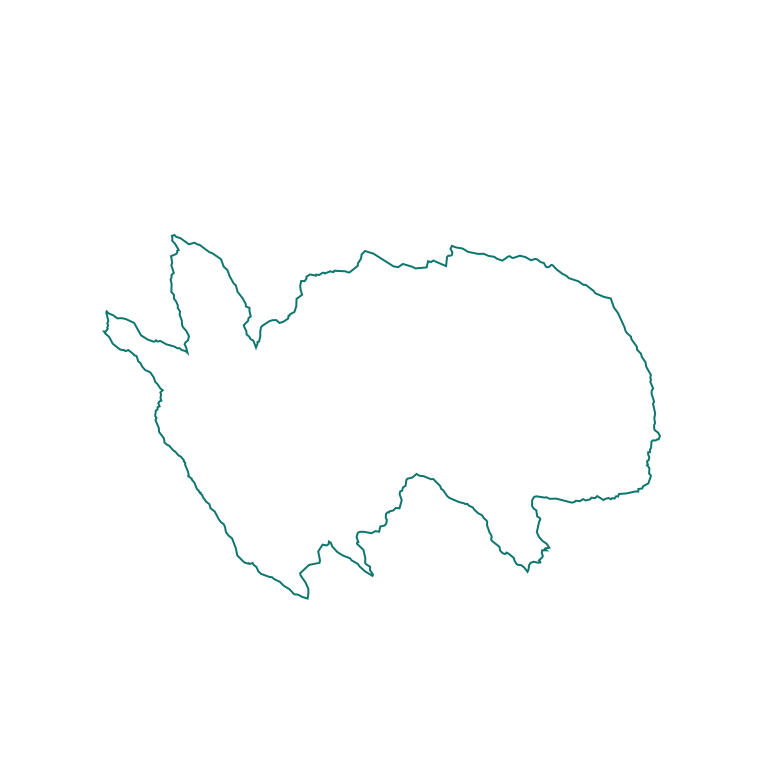 the district of Chitagà, Norte de Santander, Colombia, rotated 317°
{"feature_id": "7082276B34318906622646", "entity_name": "Chitagà", "entity_type": "district", "adm_level": 2, "iso_a3": "COL", "parent_name": "Colombia", "parent_adm1": "Norte de Santander", "projection": "equal_earth", "projection_center": [-72.568, 7.068], "detail": "fine", "context": "isolated", "style": "outline", "palette": "teal", "viewbox_px": 768, "rotation_deg": 317, "n_neighbors": 0, "source": "geoboundaries", "source_scale": "gbopen_adm2", "svg_char_len": 6166}
<svg xmlns="http://www.w3.org/2000/svg" viewBox="0 0 768 768"><g transform="rotate(317 384 384)"><path d="M608.2,476.1L604.2,470.2L600.4,461.7L600.8,459.0L599.1,448.9L597.6,447.8L596.1,441.2L591.4,432.7L591.2,429.6L589.6,424.9L588.4,418.1L588.3,412.1L587.6,411.0L584.6,410.9L582.7,409.7L582.5,408.3L583.4,404.6L581.6,401.4L581.1,397.5L579.9,395.7L575.9,393.7L573.9,387.5L570.9,382.9L564.5,380.0L563.5,378.5L563.2,376.4L561.9,375.5L554.7,374.5L551.9,369.1L551.4,366.2L547.8,361.6L545.8,356.8L541.7,353.2L535.6,344.7L533.8,338.4L529.7,333.1L527.9,329.3L524.8,330.5L523.8,334.3L521.9,335.8L520.2,335.6L518.4,334.0L516.6,334.2L509.8,340.1L504.2,327.3L501.4,326.9L500.0,324.3L494.7,327.8L485.8,320.9L484.7,317.7L479.7,309.1L474.0,308.2L471.2,304.5L465.2,281.5L460.8,273.8L456.0,274.0L452.7,276.6L447.3,278.0L445.2,279.7L435.1,278.9L434.0,278.1L432.5,275.1L424.8,267.2L423.2,267.7L421.5,264.9L416.2,262.9L416.1,261.9L414.9,260.8L410.8,260.0L409.0,257.7L408.1,258.3L404.6,253.4L400.3,252.7L399.1,254.1L396.1,254.6L393.6,252.2L389.5,255.2L386.9,258.8L385.0,262.9L378.1,262.1L372.9,267.3L367.7,270.2L363.1,269.0L361.5,269.5L360.9,268.9L358.3,270.8L352.5,269.7L349.2,268.1L348.8,263.8L345.9,261.2L343.0,259.9L334.8,258.5L332.9,258.6L329.4,261.1L326.0,264.8L321.7,267.7L320.0,267.1L319.0,268.3L315.2,270.1L318.0,263.2L317.0,259.8L317.7,257.7L317.3,254.0L319.2,251.8L321.1,245.9L321.9,245.3L327.7,245.1L329.9,243.4L332.6,243.7L335.5,238.7L337.5,236.7L335.9,233.2L337.4,231.2L339.0,225.3L339.8,216.6L342.9,210.9L342.6,208.2L344.5,200.3L347.2,193.6L346.8,188.8L349.9,181.6L347.7,171.5L346.1,168.2L344.0,156.3L342.9,155.2L341.8,151.5L336.6,148.8L334.6,138.6L332.4,134.6L332.3,132.1L329.9,131.0L328.9,132.9L326.9,134.6L326.7,139.6L325.2,146.0L323.6,145.6L322.4,146.8L320.8,147.2L315.4,145.3L311.7,151.0L309.5,152.0L306.0,159.4L302.9,159.3L301.3,161.2L299.1,162.1L296.8,166.1L291.3,171.6L291.1,175.7L288.6,178.2L288.3,181.7L286.8,185.9L285.0,187.7L284.3,191.8L281.7,194.1L279.4,199.7L276.4,203.3L275.7,205.7L275.6,210.2L274.0,216.0L270.4,218.4L267.2,218.2L265.3,218.9L264.1,222.6L261.5,227.2L261.4,224.9L259.2,220.9L258.9,218.3L257.3,217.0L256.0,213.2L251.9,206.6L249.8,200.0L247.3,198.5L247.0,196.5L245.3,196.6L244.3,195.8L241.5,190.4L239.5,182.7L242.9,168.9L239.5,160.4L236.9,156.8L233.8,154.2L232.8,149.0L230.8,144.7L230.7,141.8L229.7,142.3L225.2,150.1L222.9,151.0L222.4,152.9L220.1,154.0L219.7,155.1L216.1,155.9L215.0,154.7L214.6,157.4L215.1,162.1L213.1,169.5L214.4,178.3L215.9,181.0L217.0,181.7L217.3,183.6L220.2,184.9L221.2,191.7L220.9,192.8L221.8,193.9L221.9,195.5L219.7,199.7L220.2,202.3L219.0,206.6L218.9,211.0L221.0,216.0L220.2,221.7L218.1,226.7L218.3,229.4L217.4,234.8L217.9,237.7L214.7,237.7L213.7,239.7L210.8,242.0L209.8,244.4L208.0,243.6L205.9,244.1L204.6,247.3L202.8,246.5L200.9,248.2L199.1,247.8L194.8,251.3L194.5,253.7L192.3,254.5L189.3,262.6L186.8,265.7L186.0,273.7L183.5,277.2L184.0,281.1L184.8,282.3L184.6,288.6L185.2,291.1L185.0,295.7L185.9,298.9L185.6,303.5L184.8,304.1L184.9,305.9L183.5,307.4L180.8,314.5L179.1,317.4L178.0,317.7L178.8,322.0L178.3,322.4L178.0,326.9L175.5,333.3L175.8,335.5L175.2,336.5L175.7,338.5L175.0,338.8L175.3,341.3L174.4,343.4L173.7,348.6L174.3,352.9L172.4,356.5L173.2,361.8L170.8,370.8L170.5,374.0L171.2,377.1L170.1,380.4L167.5,384.3L166.9,388.5L167.6,393.3L163.6,403.1L159.8,409.3L160.1,419.2L162.1,422.7L162.8,422.8L162.9,423.8L165.8,425.4L165.3,427.7L165.9,430.7L164.3,435.5L164.7,439.3L168.7,447.1L170.3,448.9L170.7,452.1L172.9,457.6L173.1,463.2L174.9,469.5L174.9,476.5L177.5,479.5L178.9,483.8L181.8,488.8L185.9,485.6L189.0,482.1L191.2,475.7L192.5,467.0L193.6,465.2L205.8,465.2L214.9,470.8L217.0,469.2L221.7,461.6L229.5,459.6L231.9,462.9L234.4,463.3L236.2,461.7L236.8,463.7L235.3,467.8L235.3,475.2L237.0,481.5L240.3,488.3L240.0,490.7L242.2,497.9L241.7,500.7L242.4,508.2L244.7,516.4L246.0,515.9L246.8,510.6L249.2,508.2L248.1,504.0L248.2,501.9L251.5,498.7L255.8,491.3L255.3,482.4L256.4,481.6L257.4,482.1L259.5,477.3L263.3,475.0L265.6,475.7L268.4,478.3L273.1,484.6L277.3,485.7L279.7,488.7L284.2,485.7L287.8,487.9L290.3,487.7L293.4,485.4L294.1,483.0L296.8,480.4L299.2,480.3L299.9,481.3L301.3,480.9L304.7,482.9L308.1,482.7L310.5,485.5L317.7,481.1L320.3,475.2L322.5,473.6L324.5,474.4L327.2,472.6L330.4,473.1L335.0,469.4L336.6,469.3L340.9,471.7L346.5,472.0L347.3,475.3L350.0,478.2L353.4,485.6L355.2,487.1L355.5,496.8L354.3,499.8L354.8,501.8L353.8,508.9L354.1,511.8L358.3,521.4L361.4,526.3L361.5,527.3L363.2,528.5L363.2,531.1L364.8,534.9L364.3,537.2L364.7,542.6L366.2,546.9L365.5,550.0L365.9,553.7L365.5,555.1L363.0,557.6L359.9,564.6L359.4,567.5L358.3,569.5L356.5,570.5L355.9,572.2L357.4,581.7L355.3,585.1L355.4,588.7L356.7,591.1L358.7,590.9L359.4,592.9L360.3,599.7L358.9,602.5L358.2,605.6L358.4,607.3L360.8,610.1L361.4,613.8L360.9,619.2L362.8,618.5L366.7,615.4L369.2,614.8L372.1,615.9L374.9,619.9L376.5,621.1L377.1,620.5L377.0,618.7L382.1,618.6L383.2,617.6L384.0,615.4L386.3,613.5L389.3,616.4L388.9,614.4L389.9,614.2L393.2,616.5L394.0,611.9L392.9,606.8L393.0,601.8L394.7,596.6L403.6,590.5L406.0,589.7L406.5,588.5L405.8,585.2L409.2,580.3L408.5,577.0L409.1,574.2L413.3,569.9L416.9,569.0L418.9,570.1L423.9,576.5L425.5,577.6L426.9,581.0L431.8,585.3L440.4,598.8L442.8,600.2L444.7,600.2L447.3,603.3L451.1,604.0L452.1,606.8L456.3,609.0L458.1,608.5L460.5,611.4L463.5,611.4L465.4,618.6L467.5,618.9L470.5,620.6L471.4,623.1L473.0,623.1L474.5,625.0L477.2,624.4L478.4,625.9L480.8,624.7L487.0,629.6L494.4,633.9L496.6,636.1L498.5,634.3L501.5,636.5L503.9,635.5L509.5,637.0L516.2,633.5L516.8,632.7L516.8,630.3L520.4,626.9L521.0,625.1L520.9,622.8L522.1,622.9L523.0,620.7L524.1,619.8L525.4,620.3L528.1,618.5L529.0,615.9L530.6,614.1L532.0,615.2L533.8,613.3L535.7,612.9L540.4,608.5L542.2,608.6L544.2,610.6L545.8,610.7L547.2,611.8L550.3,610.2L551.3,606.6L550.5,602.3L551.2,600.9L553.4,598.4L555.5,597.5L558.3,593.4L562.2,590.5L567.3,581.9L569.5,581.1L573.1,573.5L575.5,571.3L577.8,570.9L580.2,564.1L582.0,563.1L583.1,560.9L585.4,559.4L587.5,550.4L590.0,546.6L591.1,539.9L592.6,537.1L592.5,531.3L594.3,529.3L595.5,520.1L596.9,517.8L596.4,512.2L596.8,510.0L598.6,506.5L603.5,491.8L604.3,484.9L608.2,476.1Z" fill="none" stroke="#0f766e" stroke-width="2"/></g></svg>